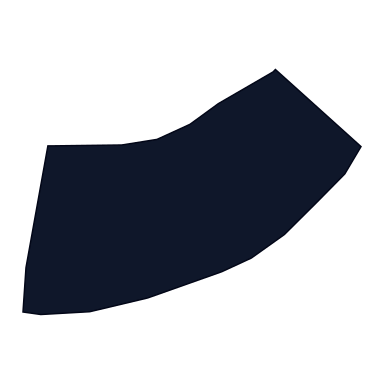 outline of 42, Ad Dawhah, Qatar
{"feature_id": "91078587B68220687266900", "entity_name": "42", "entity_type": "district", "adm_level": 2, "iso_a3": "QAT", "parent_name": "Qatar", "parent_adm1": "Ad Dawhah", "projection": "equal_earth", "projection_center": [51.545, 25.262], "detail": "fine", "context": "isolated", "style": "filled", "palette": "ink", "viewbox_px": 384, "rotation_deg": 0, "n_neighbors": 0, "source": "geoboundaries", "source_scale": "gbopen_adm2", "svg_char_len": 363}
<svg xmlns="http://www.w3.org/2000/svg" viewBox="0 0 384 384"><path d="M51.0,145.9L47.9,145.9L26.0,267.6L23.0,312.0L40.8,314.5L89.8,311.7L147.8,297.9L221.8,271.7L251.4,258.0L284.4,234.5L316.3,202.8L344.8,173.9L361.0,146.6L275.4,69.5L273.1,71.9L218.4,103.6L190.0,124.3L157.0,139.4L121.7,145.0L51.0,145.9Z" fill="#0f172a" stroke="#020617" stroke-width="1.5"/></svg>